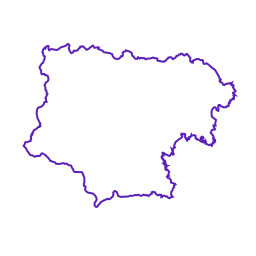 the district of Mandoto, Vakinankaratra, Madagascar, rotated 10°
{"feature_id": "10022922B69129581267436", "entity_name": "Mandoto", "entity_type": "district", "adm_level": 2, "iso_a3": "MDG", "parent_name": "Madagascar", "parent_adm1": "Vakinankaratra", "projection": "mercator", "projection_center": [46.306, -19.727], "detail": "fine", "context": "isolated", "style": "outline", "palette": "violet", "viewbox_px": 256, "rotation_deg": 10, "n_neighbors": 0, "source": "geoboundaries", "source_scale": "gbopen_adm2", "svg_char_len": 5794}
<svg xmlns="http://www.w3.org/2000/svg" viewBox="0 0 256 256"><g transform="rotate(10 128 128)"><path d="M226.8,76.4L226.0,76.4L225.3,75.2L226.8,74.2L227.5,73.0L226.4,71.8L225.9,71.8L225.2,70.5L224.3,69.9L224.7,68.5L224.4,67.6L223.6,67.4L223.0,67.9L222.1,67.4L222.4,65.7L221.9,66.2L221.0,65.9L220.5,66.6L218.8,66.7L217.7,67.4L216.5,67.6L215.5,69.0L214.4,69.0L213.2,67.5L211.3,66.5L210.9,66.7L210.1,66.0L210.0,65.3L210.9,64.7L211.0,64.2L209.7,63.4L208.8,61.8L204.2,56.3L202.4,54.9L201.4,54.8L196.8,51.9L194.2,50.6L192.3,51.7L191.5,51.6L190.8,50.7L190.2,48.7L189.4,48.2L187.5,48.6L186.2,47.9L184.0,47.9L180.1,50.6L180.6,52.3L179.8,52.5L178.8,52.1L177.6,51.3L177.2,48.1L175.8,47.3L175.2,46.3L173.3,44.8L172.5,45.1L171.9,46.3L170.8,46.8L170.4,46.4L169.4,46.3L168.9,45.6L167.3,45.5L166.7,46.5L165.6,46.6L164.9,48.0L163.3,48.5L162.5,50.5L160.5,52.4L159.9,52.3L159.0,51.1L157.3,50.9L155.5,51.7L155.3,52.5L154.1,53.7L153.7,55.0L152.5,55.6L152.3,56.3L149.5,56.8L148.2,56.4L145.9,56.7L145.1,56.2L145.1,54.9L144.6,54.5L143.9,54.3L142.2,54.7L140.6,54.2L137.8,55.7L134.5,56.5L133.6,57.3L131.5,56.2L129.9,56.9L128.5,56.6L127.4,57.6L125.6,56.6L124.9,58.4L123.0,58.5L120.7,56.4L119.6,56.1L118.5,53.3L115.6,52.3L112.4,51.9L112.0,53.1L110.7,53.5L109.7,54.5L110.3,57.3L110.0,58.3L108.6,58.5L108.2,59.9L106.7,61.6L103.8,62.0L102.0,61.3L100.3,59.7L99.6,58.0L96.7,57.4L91.2,57.6L89.4,56.3L85.0,55.3L85.3,54.2L85.1,53.6L81.0,54.8L79.1,52.9L76.7,55.3L75.9,56.5L73.6,58.2L69.8,55.5L69.0,55.4L68.2,56.1L66.9,56.0L66.7,57.4L65.6,58.4L64.8,60.3L62.8,61.2L61.3,61.2L60.6,63.3L59.2,64.1L58.6,63.8L56.4,61.1L55.9,59.6L56.0,56.9L55.1,55.9L54.3,55.7L53.8,55.9L52.6,57.7L47.5,60.5L45.6,62.7L44.2,63.6L38.6,63.6L36.9,65.1L35.9,63.7L35.5,61.2L34.5,61.2L33.0,62.3L32.8,64.1L31.9,63.7L30.8,65.6L30.5,68.3L31.4,69.1L32.2,71.4L33.7,72.0L33.8,73.9L33.0,78.5L32.0,79.4L30.3,83.4L30.8,84.7L32.5,86.4L32.8,88.2L33.6,90.0L36.3,89.3L37.1,90.2L39.0,90.3L40.2,91.1L40.8,92.5L41.3,94.5L40.7,96.0L39.6,97.0L39.0,98.1L38.4,100.5L39.6,102.3L40.0,104.7L41.3,105.5L41.4,107.0L42.5,108.0L42.8,108.8L42.3,109.3L42.1,111.4L41.5,112.6L42.3,114.0L42.3,115.1L43.3,116.3L41.1,117.2L40.8,119.6L39.0,122.0L35.9,123.6L35.2,125.9L35.6,130.1L37.2,134.1L41.0,139.2L40.6,140.0L41.4,141.3L40.7,141.7L40.6,142.3L40.0,142.2L38.8,143.3L38.3,144.4L35.5,146.8L35.3,149.1L34.8,149.2L34.8,150.4L34.1,150.9L34.0,151.6L34.6,151.8L33.8,153.5L34.6,155.9L34.0,156.8L34.3,157.6L31.4,159.3L29.4,159.9L28.9,162.5L28.3,163.8L31.2,165.8L32.4,167.7L36.4,171.6L38.5,171.6L41.3,172.5L43.0,171.3L45.5,171.1L46.3,170.4L47.3,168.1L48.4,167.8L51.4,169.1L55.1,171.6L57.2,173.9L58.2,173.8L59.6,174.4L60.8,174.3L62.5,174.8L63.4,175.7L66.4,175.4L70.2,173.9L70.9,173.8L71.7,174.3L73.9,173.7L76.0,174.9L78.5,174.9L79.8,177.0L81.0,178.0L81.8,179.6L82.8,180.6L90.2,179.5L90.8,179.9L93.6,184.5L94.4,188.5L94.3,191.4L94.9,192.8L95.7,192.7L96.3,193.1L96.6,194.1L96.3,195.6L96.7,196.6L98.1,197.8L99.9,198.6L104.7,198.6L107.4,200.2L109.1,202.4L109.5,203.5L109.3,205.1L108.1,207.5L108.6,210.1L109.9,211.2L111.1,211.1L111.6,210.6L112.1,209.1L113.5,207.2L114.0,205.8L116.7,203.5L118.4,202.6L119.9,201.3L121.7,201.5L122.5,201.0L124.8,198.2L125.2,196.6L124.7,194.1L125.4,192.8L126.1,192.3L128.0,192.9L130.3,196.7L132.6,197.1L139.9,195.5L142.1,194.2L143.8,194.2L146.6,192.8L148.5,192.6L149.9,191.9L151.6,192.5L153.3,192.3L154.9,190.9L157.1,191.2L158.3,190.7L159.9,191.5L161.9,189.1L162.9,188.6L162.5,187.2L163.7,186.4L164.7,186.8L165.7,186.5L166.9,188.1L169.1,189.1L170.4,188.3L171.0,188.5L172.1,188.1L172.9,190.4L173.5,190.1L173.6,188.9L175.4,188.3L176.6,188.9L178.1,188.5L178.8,189.3L181.0,190.0L182.1,188.8L184.0,188.1L182.0,186.1L181.7,183.5L182.6,181.6L182.7,179.8L183.8,178.3L183.1,176.8L184.6,175.3L184.0,174.8L179.8,174.2L179.3,172.0L177.9,170.5L175.9,170.2L174.8,169.2L175.0,168.8L176.5,168.0L175.7,167.4L176.2,164.0L174.3,162.4L173.2,162.8L172.0,162.2L172.8,160.7L172.3,160.1L171.6,160.3L171.5,159.5L173.2,158.3L171.3,158.3L171.6,157.1L171.3,156.6L170.1,156.9L170.4,157.7L169.3,157.1L169.3,156.4L170.0,156.7L170.7,156.3L170.4,155.5L169.7,155.6L170.7,154.7L169.9,153.7L168.4,153.7L168.1,153.2L168.3,152.6L167.2,151.8L166.7,152.0L166.2,151.0L166.3,150.1L165.7,149.4L166.6,149.8L166.7,149.3L168.0,148.9L166.2,146.6L166.4,146.3L167.7,146.4L168.9,147.1L173.4,148.4L174.2,148.0L175.2,145.4L176.9,146.5L177.4,146.3L177.5,145.4L176.2,144.2L176.4,142.7L176.0,142.4L175.5,142.6L174.9,141.4L175.8,142.0L176.2,139.8L177.0,139.6L177.6,139.0L176.5,137.6L177.2,133.7L180.6,129.8L182.3,128.5L182.9,126.7L181.5,125.4L181.7,124.6L182.3,125.1L183.3,124.1L184.4,124.5L184.9,124.0L185.4,124.1L185.8,127.2L186.7,127.8L187.0,128.8L187.5,128.9L188.4,130.1L188.8,129.4L188.7,127.9L190.2,128.2L190.3,127.2L189.8,126.3L191.3,125.6L191.6,123.7L192.1,124.5L194.4,123.5L195.9,124.0L196.4,126.4L197.1,126.3L197.8,127.2L198.8,127.0L201.7,128.3L201.7,127.3L202.1,126.7L201.3,124.9L202.3,123.7L203.2,123.7L204.1,124.7L203.2,125.6L203.3,128.0L203.7,129.0L205.1,129.1L205.3,128.4L204.8,127.5L205.3,127.2L206.4,128.0L206.6,127.1L207.1,127.7L206.8,129.2L207.3,130.1L208.1,129.8L209.5,130.6L211.1,130.7L212.7,129.7L213.3,130.9L213.7,131.0L214.1,127.7L215.0,128.0L215.2,126.6L216.2,126.4L215.8,124.5L214.9,124.2L214.2,124.8L213.5,123.3L214.1,122.7L213.1,120.7L210.2,118.4L211.0,115.6L211.6,115.0L213.6,114.5L214.0,114.1L212.0,111.7L211.7,110.6L213.8,110.5L213.1,108.4L213.3,104.8L208.7,102.4L207.4,97.7L207.6,95.4L208.7,93.1L210.1,92.4L211.2,93.0L212.2,95.0L213.9,95.4L213.8,93.5L213.0,90.8L213.4,89.6L214.5,89.4L215.5,90.4L218.9,91.0L221.3,90.3L221.5,89.4L222.9,89.1L223.4,88.5L222.9,87.1L223.0,85.5L223.7,85.6L223.5,84.9L224.3,84.1L223.8,83.0L225.3,82.2L225.9,80.8L227.0,81.3L227.3,80.8L227.3,80.2L226.8,80.0L227.0,78.9L226.5,78.0L226.9,77.9L226.8,77.0L227.7,77.0L226.8,76.4Z" fill="none" stroke="#5b21b6" stroke-width="2"/></g></svg>